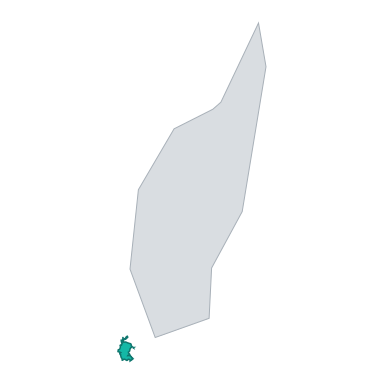 Ngermid, Koror, Palau shown in context
{"feature_id": "81905179B43507284949030", "entity_name": "Ngermid", "entity_type": "district", "adm_level": 2, "iso_a3": "PLW", "parent_name": "Palau", "parent_adm1": "Koror", "projection": "albers", "projection_center": [134.502, 7.348], "detail": "fine", "context": "in_parent", "style": "filled", "palette": "teal", "viewbox_px": 384, "rotation_deg": 0, "n_neighbors": 0, "source": "geoboundaries", "source_scale": "gbopen_adm2", "svg_char_len": 4291}
<svg xmlns="http://www.w3.org/2000/svg" viewBox="0 0 384 384"><path d="M209.1,318.3L155.2,337.5L130.0,269.1L138.4,189.7L174.1,128.8L212.9,109.2L220.9,102.2L258.5,23.0L266.0,66.7L242.2,211.6L211.6,268.0L209.1,318.3Z" fill="#d9dde1" stroke="#a8b0b8" stroke-width="1"/><path d="M122.2,360.1L122.3,360.1L122.6,360.2L122.8,360.0L123.0,359.9L123.3,359.7L123.5,359.5L123.8,359.3L124.2,359.2L124.5,359.2L124.7,359.3L124.9,359.4L125.6,359.6L125.8,359.8L126.1,359.9L126.1,360.1L126.4,360.2L126.5,360.2L126.7,360.4L127.0,360.4L127.4,360.1L127.6,360.1L127.7,359.7L127.8,359.5L128.1,359.4L128.3,359.3L128.5,359.2L128.8,359.2L129.4,359.4L129.5,359.4L129.7,359.5L129.8,359.6L129.9,359.9L130.0,360.2L130.1,360.4L130.1,360.6L130.1,360.8L130.1,361.0L132.3,359.4L132.2,359.3L132.1,359.1L132.1,358.9L132.1,358.6L132.2,358.4L132.5,358.3L132.5,358.2L132.5,357.9L132.4,357.8L132.0,357.7L131.9,357.6L131.7,357.6L131.6,357.4L131.5,357.1L131.4,356.8L131.2,356.8L131.1,356.5L130.9,356.4L130.7,356.3L130.6,356.1L130.3,356.0L130.4,355.8L130.4,355.7L130.2,355.3L130.1,355.2L129.9,354.9L129.7,354.6L129.4,354.6L129.2,354.8L129.1,355.0L129.1,355.3L128.9,355.5L128.7,355.6L128.3,355.6L128.1,355.6L127.8,355.7L127.7,355.7L127.8,355.5L127.9,355.4L128.0,355.3L128.3,355.3L128.5,355.4L128.8,355.4L128.9,355.2L129.0,354.8L129.1,354.6L129.3,354.6L129.6,354.4L129.6,354.2L129.4,354.0L129.3,353.8L129.2,353.7L128.9,353.4L128.6,353.2L128.5,352.9L128.4,352.4L128.4,352.2L128.6,352.2L129.0,351.6L129.2,351.4L129.4,351.2L129.7,350.9L129.7,350.6L129.8,350.2L129.9,349.4L129.9,349.1L130.0,349.0L130.1,348.8L130.3,348.7L130.5,348.2L130.8,347.9L130.8,347.6L131.0,347.4L131.3,347.3L131.5,347.3L131.7,347.2L132.1,346.5L131.9,346.4L131.6,346.0L131.4,345.8L131.3,345.7L131.2,345.6L131.2,345.2L131.2,344.8L131.1,344.4L131.0,344.1L130.8,343.9L130.5,343.7L130.3,343.6L129.4,343.4L129.0,343.3L128.8,343.2L128.6,343.1L128.3,343.1L128.1,343.0L127.7,342.8L127.4,342.8L127.3,342.7L127.1,342.6L126.9,342.5L126.7,342.4L126.3,342.3L126.2,342.2L125.8,342.0L125.1,342.0L124.9,342.1L124.5,342.2L124.3,342.1L124.0,342.2L123.9,342.0L123.6,342.0L123.3,342.0L123.2,342.1L122.4,341.9L122.2,341.8L121.9,341.6L121.7,341.6L121.7,341.4L121.5,341.5L121.5,341.9L121.5,342.1L121.5,342.3L121.6,342.5L121.9,342.9L121.9,343.1L122.1,343.3L122.2,343.5L121.8,344.0L121.7,344.1L121.7,344.4L121.5,344.5L121.4,344.6L121.4,345.0L121.4,345.3L121.2,345.3L120.9,345.2L120.7,345.0L120.4,345.2L120.3,345.3L120.3,345.6L120.2,345.6L120.3,345.9L120.3,346.2L120.3,346.9L120.3,347.5L120.2,347.6L120.1,348.1L119.9,348.8L119.5,349.3L119.2,349.4L118.8,349.6L118.6,349.7L118.3,349.8L118.2,349.9L118.2,350.4L118.1,350.7L118.2,351.0L118.1,351.3L118.0,351.6L118.8,351.9L119.2,351.9L119.6,352.1L119.9,352.2L120.3,352.3L120.7,352.5L120.0,352.9L119.8,353.0L119.8,353.7L119.9,354.1L120.2,354.3L120.6,354.4L120.6,355.3L120.7,355.8L120.8,356.1L121.0,356.7L121.2,357.6L121.6,358.1L121.9,358.4L122.1,358.9L122.1,359.5L122.2,360.0L122.2,360.1ZM123.4,339.4L123.2,339.2L122.7,339.0L122.5,339.3L122.4,339.6L122.2,339.8L122.0,340.0L122.2,340.3L122.4,340.3L122.5,340.4L122.6,340.5L122.9,340.6L123.1,340.6L123.4,340.7L123.6,340.6L123.7,340.3L123.7,340.0L123.6,339.8L123.6,339.7L123.4,339.4ZM127.2,336.2L127.1,336.3L126.0,337.2L126.1,337.3L126.1,337.5L126.3,337.6L126.3,337.4L126.7,337.2L127.0,337.1L127.2,336.9L127.4,336.8L127.5,336.8L127.5,337.0L127.6,337.4L127.4,337.5L127.2,337.6L126.9,337.7L126.8,337.9L126.7,338.0L126.5,337.8L126.7,337.7L126.4,337.8L126.2,337.9L126.0,338.0L125.5,338.3L125.3,338.5L125.6,338.4L125.9,338.2L126.2,338.0L126.4,338.0L126.3,338.5L126.0,338.6L125.9,338.9L125.6,339.0L125.0,339.0L124.5,338.7L124.4,338.8L124.6,339.0L125.1,339.3L125.3,339.3L125.4,339.2L125.6,339.2L126.2,338.7L127.0,337.9L127.1,337.7L127.3,337.6L127.5,337.6L127.7,337.4L127.7,337.2L127.5,336.8L127.5,336.7L127.4,336.6L127.2,336.4L127.3,336.3L127.2,336.2ZM133.0,358.8L132.8,358.7L132.6,358.5L132.3,358.6L132.2,358.8L132.2,359.1L132.3,359.2L132.3,359.4L133.0,358.8ZM122.9,337.8L123.0,338.1L123.1,337.9L123.0,337.6L122.9,337.6L122.9,337.8L122.9,337.8ZM133.4,347.6L133.5,347.7L133.8,347.5L133.7,347.5L133.6,347.4L133.4,347.5L133.4,347.6ZM121.2,341.1L121.3,341.3L121.4,341.2L121.2,341.0L121.2,341.1ZM133.3,347.9L133.3,348.0L133.5,348.1L133.4,347.9L133.3,347.9Z" fill="#14b8a6" stroke="#0f766e" stroke-width="1.5"/></svg>